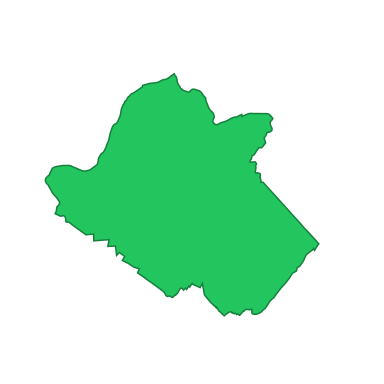 Tenampulco, Puebla, Mexico, rotated 27°
{"feature_id": "50627088B49720713331936", "entity_name": "Tenampulco", "entity_type": "district", "adm_level": 2, "iso_a3": "MEX", "parent_name": "Mexico", "parent_adm1": "Puebla", "projection": "natural_earth1", "projection_center": [-97.395, 20.195], "detail": "fine", "context": "isolated", "style": "filled", "palette": "green", "viewbox_px": 384, "rotation_deg": 27, "n_neighbors": 0, "source": "geoboundaries", "source_scale": "gbopen_adm2", "svg_char_len": 5916}
<svg xmlns="http://www.w3.org/2000/svg" viewBox="0 0 384 384"><g transform="rotate(27 192 192)"><path d="M93.7,275.9L95.7,274.8L104.9,276.4L105.0,276.4L112.1,277.5L115.4,278.0L116.8,278.3L120.2,276.2L123.5,274.3L126.7,280.1L129.8,278.2L132.9,276.3L135.8,274.5L136.0,274.4L136.4,274.2L139.8,272.1L141.7,278.7L143.6,277.6L145.0,276.8L148.3,274.8L153.6,282.7L154.8,278.9L161.2,279.9L161.2,281.2L161.0,284.7L166.6,284.5L173.9,285.3L174.0,285.4L180.0,284.4L180.2,288.8L184.9,289.4L187.9,289.8L192.5,290.6L194.3,290.8L197.2,291.2L198.3,291.4L208.6,293.1L212.2,293.8L213.1,294.3L213.6,294.3L214.6,295.2L215.6,295.9L216.7,296.3L217.5,296.2L218.1,295.8L218.5,295.3L218.9,295.0L219.5,294.8L220.3,294.8L221.1,294.8L222.2,295.0L222.8,294.5L223.0,293.7L223.3,292.8L223.6,291.8L223.6,291.4L224.3,291.3L224.4,290.9L224.6,289.7L225.0,289.1L225.3,283.3L226.2,282.5L226.4,282.4L226.7,282.4L227.8,282.6L228.2,282.8L228.9,283.3L230.0,280.5L231.5,281.2L231.8,277.2L233.1,277.8L233.6,273.4L233.8,273.4L235.0,273.9L239.8,273.6L242.6,273.5L242.8,268.8L243.7,270.0L249.8,278.0L251.5,278.8L253.4,279.6L254.6,280.2L257.1,281.2L257.6,281.4L258.0,281.6L258.8,282.0L259.4,282.1L261.5,282.7L263.5,283.4L263.9,283.4L265.4,283.3L265.8,283.3L266.3,283.3L266.0,284.2L267.5,284.4L268.3,284.5L269.6,285.6L270.2,285.9L271.6,286.1L272.6,286.2L273.8,286.8L274.8,287.1L276.0,287.4L276.9,287.7L277.4,286.5L278.5,284.1L279.5,282.3L281.1,281.0L281.4,281.1L281.7,281.2L282.0,281.5L282.5,281.5L282.7,281.4L282.8,281.1L283.3,281.4L283.7,281.2L284.1,281.4L284.5,281.1L285.0,281.2L285.4,280.6L286.4,280.6L286.9,280.6L287.4,280.9L288.0,279.9L288.4,279.9L288.7,280.1L289.0,280.2L289.3,280.3L289.6,280.2L289.9,280.1L290.0,280.2L290.1,280.3L290.3,280.3L290.4,280.1L290.6,280.0L290.6,279.3L291.2,277.7L291.5,276.4L291.9,274.8L292.2,274.7L292.5,274.5L293.0,272.2L294.1,271.8L295.0,271.4L295.4,271.2L296.0,270.9L296.9,270.9L297.1,270.7L297.4,270.3L297.5,270.0L297.7,269.7L298.0,269.5L298.2,269.4L298.4,269.4L298.6,269.4L298.8,269.6L299.0,270.0L299.2,270.6L299.8,271.7L300.1,272.4L300.4,272.6L300.8,272.9L301.1,273.0L302.1,273.1L302.4,273.0L302.9,272.7L304.0,272.2L304.9,271.7L306.8,269.6L308.1,267.7L308.6,266.2L308.8,265.4L308.9,264.8L309.1,264.5L309.2,264.0L309.4,263.7L309.7,263.5L309.8,263.3L310.0,262.8L310.1,262.3L310.1,261.8L310.2,261.4L310.3,260.8L310.6,258.7L310.9,254.2L311.6,252.0L312.9,249.1L313.2,246.7L313.4,245.3L314.9,237.2L316.6,231.1L317.8,225.0L318.3,220.2L318.5,218.7L320.9,215.0L320.3,212.7L320.2,212.5L320.2,212.2L320.1,211.7L320.2,211.3L320.3,211.1L320.6,210.8L321.2,210.0L321.7,209.1L322.4,204.1L322.6,202.2L322.4,200.3L322.3,198.6L322.3,196.7L322.6,195.4L323.8,192.7L324.5,191.2L324.8,190.7L325.1,190.0L325.6,189.1L326.0,187.1L327.7,188.4L327.9,185.1L328.2,182.6L328.5,180.6L326.6,179.9L324.4,178.9L321.2,177.8L319.4,177.1L314.2,175.1L307.7,172.9L302.0,170.5L294.0,167.5L293.6,167.4L292.7,167.0L290.5,166.2L288.5,165.4L281.7,162.8L271.3,158.8L251.7,151.4L250.8,151.1L250.6,151.1L250.1,151.4L249.5,151.7L249.1,152.0L248.6,151.0L247.8,149.9L247.0,149.1L246.3,148.3L245.8,148.2L245.8,147.4L245.7,146.9L245.6,146.5L245.4,146.1L245.3,145.9L245.0,145.6L244.9,145.3L244.7,145.0L244.3,144.7L243.7,144.7L243.3,144.8L241.8,145.1L241.2,145.5L240.8,145.9L240.5,146.0L239.9,145.8L239.5,145.6L239.3,145.7L238.0,141.3L237.4,140.5L236.8,140.0L236.7,138.7L236.8,137.9L236.3,137.2L234.4,136.5L233.2,137.3L230.5,138.9L230.0,138.8L229.7,138.5L229.6,138.2L229.9,135.8L229.9,135.5L229.5,134.1L229.0,132.4L230.1,131.3L230.8,128.9L230.8,127.9L230.8,126.4L231.3,124.3L231.2,122.6L234.2,120.6L234.9,116.9L235.3,114.8L231.8,111.2L232.2,108.4L232.1,106.9L231.9,105.2L233.5,103.5L233.9,103.5L234.6,102.4L235.1,101.2L235.2,100.7L234.4,98.9L232.0,97.1L231.4,96.6L230.7,95.8L230.3,95.1L230.0,93.2L230.5,91.7L230.6,91.4L230.6,89.7L228.8,88.9L227.2,88.3L225.6,87.8L225.1,87.7L224.5,87.8L223.0,88.2L219.3,90.1L213.5,93.0L211.6,94.0L209.6,94.8L207.3,96.1L206.1,97.3L202.2,102.0L201.1,100.3L199.1,102.9L197.7,105.0L195.8,106.1L193.9,107.9L192.9,109.4L191.8,111.3L189.8,113.8L186.3,117.2L184.2,120.2L182.7,121.1L181.3,121.2L180.0,120.8L179.0,120.1L178.4,119.1L177.9,118.1L178.0,116.6L177.8,115.2L177.0,113.9L175.4,112.4L174.0,111.6L172.3,111.3L170.5,110.4L168.5,109.3L166.5,107.4L165.0,106.1L163.3,104.7L161.2,101.8L159.2,101.2L157.4,100.3L154.5,98.8L152.6,98.5L149.8,99.0L148.4,99.1L147.0,99.5L146.1,100.0L145.6,100.4L145.1,101.4L143.9,104.6L137.2,105.5L136.7,105.0L136.0,105.1L134.7,104.7L133.8,104.0L133.2,103.5L130.7,102.3L129.0,100.7L127.5,98.5L126.0,96.9L125.2,96.2L124.6,96.4L124.1,96.1L123.2,95.2L122.8,95.0L122.4,94.7L119.2,101.2L117.5,103.6L115.2,105.1L111.9,109.6L110.1,111.1L105.2,114.3L99.7,119.3L100.0,121.1L99.0,122.8L97.6,125.5L96.0,128.3L94.8,130.3L93.2,132.5L93.2,132.9L92.9,134.0L92.6,135.1L92.1,136.0L91.8,138.3L92.0,139.5L91.6,140.7L91.0,141.8L91.3,142.8L91.1,146.0L91.3,149.5L91.9,151.8L93.1,155.5L93.5,157.3L93.5,159.2L93.6,160.4L93.8,161.9L93.8,163.4L93.6,165.0L92.6,166.4L91.9,167.4L91.6,169.0L91.5,170.0L91.9,172.9L92.4,176.6L92.7,177.8L92.9,178.6L93.5,181.0L94.0,182.5L94.4,184.3L94.6,186.0L94.5,187.1L94.6,188.8L94.7,189.3L95.1,191.2L95.0,192.8L95.2,194.4L94.9,197.1L93.8,199.0L93.4,203.1L93.5,204.8L94.6,208.0L95.0,209.6L94.9,210.8L94.4,212.0L90.9,218.9L87.1,222.0L84.8,222.9L82.4,223.1L77.6,223.4L74.5,223.7L72.1,223.7L71.0,224.0L69.2,224.7L67.8,225.5L64.8,227.1L60.8,230.0L59.6,230.9L58.5,231.9L56.9,234.1L56.8,235.2L56.9,236.2L56.9,237.2L56.8,238.5L56.8,239.5L57.1,240.5L57.4,240.6L56.5,242.8L56.2,243.9L56.0,244.5L55.8,245.1L55.5,246.7L55.7,247.4L56.3,248.5L56.8,249.2L57.7,249.9L58.7,250.6L60.2,250.8L64.7,253.9L64.9,253.9L65.1,254.1L65.6,254.5L66.7,255.3L67.4,255.8L68.7,256.5L69.9,257.0L73.3,258.2L79.0,261.3L79.2,264.1L78.4,266.6L79.8,271.0L79.9,273.5L81.6,273.4L83.8,273.3L85.2,273.3L86.4,273.1L86.8,272.5L87.3,272.0L87.9,271.5L89.7,271.5L91.9,273.3L92.4,274.4L92.9,275.6L93.7,275.9Z" fill="#22c55e" stroke="#15803d" stroke-width="1.5"/></g></svg>